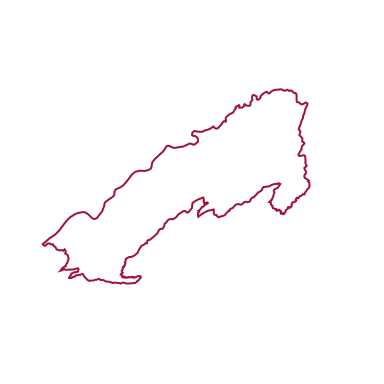 the district of Coello, Tolima, Colombia, rotated 214°
{"feature_id": "7082276B29903133765391", "entity_name": "Coello", "entity_type": "district", "adm_level": 2, "iso_a3": "COL", "parent_name": "Colombia", "parent_adm1": "Tolima", "projection": "natural_earth1", "projection_center": [-74.938, 4.361], "detail": "fine", "context": "isolated", "style": "outline", "palette": "rose", "viewbox_px": 384, "rotation_deg": 214, "n_neighbors": 0, "source": "geoboundaries", "source_scale": "gbopen_adm2", "svg_char_len": 5999}
<svg xmlns="http://www.w3.org/2000/svg" viewBox="0 0 384 384"><g transform="rotate(214 192 192)"><path d="M265.1,115.4L268.6,115.5L271.2,114.4L275.0,110.6L276.6,108.1L278.9,103.0L279.5,100.2L280.1,95.5L280.5,85.9L281.7,80.0L284.3,73.7L286.1,66.8L286.6,65.5L285.8,65.0L284.0,65.1L283.4,65.7L282.9,68.3L282.4,69.0L280.9,69.8L279.7,69.7L279.0,70.0L278.2,70.9L277.7,70.9L276.3,69.8L275.2,70.1L273.6,69.6L272.2,68.7L269.7,69.3L266.7,71.3L265.8,71.3L265.6,73.2L264.8,73.1L263.0,71.6L262.9,70.3L262.6,70.0L261.5,70.3L259.6,70.1L256.9,67.6L256.6,65.8L255.7,63.7L255.9,62.5L255.7,60.3L255.1,59.7L256.2,58.5L256.3,57.4L257.1,56.0L256.8,54.9L257.0,53.3L255.9,54.7L255.0,56.6L253.1,56.9L246.7,61.7L244.1,64.9L243.8,65.0L242.9,64.5L242.0,62.3L243.4,60.6L244.6,59.8L245.7,57.7L246.4,57.0L246.0,55.3L246.2,53.3L245.9,52.0L245.5,52.1L243.8,53.3L243.7,54.3L241.8,56.4L241.5,58.3L240.4,58.9L238.5,60.8L236.9,62.9L236.0,62.8L234.5,61.8L232.5,61.3L229.6,60.7L227.7,60.8L224.0,63.8L223.3,65.0L221.9,66.1L220.6,68.0L218.8,67.9L216.0,69.5L213.6,69.6L209.7,71.6L206.9,72.1L206.1,73.2L205.5,73.6L202.1,75.5L199.8,76.2L199.2,77.7L198.6,78.2L197.3,78.9L195.4,79.4L193.7,80.4L188.2,84.8L187.8,85.7L187.7,87.1L186.9,88.7L187.0,90.4L186.5,92.6L187.7,93.3L189.8,92.0L190.4,91.2L191.2,89.6L191.9,88.9L192.6,89.0L192.8,88.1L193.4,88.4L194.5,88.1L194.8,87.2L195.8,86.8L196.2,86.0L197.4,85.8L197.8,84.7L199.0,84.3L199.3,83.5L200.2,83.6L200.5,84.0L201.5,83.8L201.4,82.7L201.9,82.4L203.2,83.1L204.0,84.0L204.8,83.7L204.9,85.1L204.3,85.7L204.2,86.2L205.8,86.9L206.3,87.5L206.2,89.6L207.4,90.9L206.5,92.2L207.1,93.0L206.7,93.5L206.9,94.3L207.4,95.7L208.4,96.2L208.5,97.7L209.4,99.7L207.8,102.9L206.2,104.0L204.2,107.1L203.1,111.1L203.8,115.4L203.8,119.1L202.2,121.9L201.9,123.6L200.7,124.3L201.6,126.3L201.6,127.3L200.3,128.6L198.5,134.4L197.6,138.7L197.9,140.1L198.0,142.5L197.3,144.1L196.3,144.6L195.8,145.4L196.1,148.5L196.9,150.2L196.3,152.4L196.3,154.8L195.6,156.6L194.7,157.5L192.7,158.7L191.2,161.6L190.9,162.9L190.9,165.4L188.5,171.3L187.3,172.3L184.2,172.4L183.6,173.5L183.1,179.1L184.6,181.2L185.4,183.4L184.9,184.2L184.7,185.4L182.5,189.6L179.6,193.7L178.3,192.8L177.9,191.9L177.2,191.4L176.9,190.3L175.0,189.2L174.9,190.3L174.0,190.6L173.9,191.6L173.3,191.9L172.7,191.7L173.0,190.5L174.2,188.1L174.5,186.1L175.4,185.0L175.3,182.5L175.8,181.6L175.5,180.4L176.0,180.0L175.0,179.6L175.4,178.3L174.6,177.5L174.4,176.3L172.9,175.0L171.5,179.2L169.5,183.4L167.8,186.0L165.5,188.1L164.6,189.5L163.8,189.3L162.3,186.8L160.7,185.7L158.8,186.6L157.1,185.8L155.7,185.9L154.8,187.6L153.7,188.3L153.2,189.5L152.7,189.7L151.9,191.2L151.2,196.9L150.5,197.2L150.4,197.6L150.8,199.2L149.2,201.8L149.2,203.4L148.4,206.3L146.6,208.1L144.5,208.8L143.5,210.1L143.1,212.5L142.6,213.4L142.1,213.9L140.3,214.6L138.9,216.3L138.9,217.7L139.3,218.6L139.0,221.1L138.1,221.7L137.7,222.4L137.8,223.3L137.4,224.3L137.0,228.1L135.5,231.4L135.2,232.8L135.6,234.1L135.5,236.1L132.0,239.1L130.7,240.7L130.0,242.3L128.9,243.7L127.1,245.7L125.6,246.4L125.3,247.6L123.3,248.0L123.2,243.4L125.0,240.6L125.1,239.7L124.8,238.5L123.3,237.6L123.2,236.5L122.1,233.5L122.0,232.1L121.4,230.5L122.0,228.9L122.2,226.9L120.9,227.6L119.7,225.8L118.2,225.4L117.6,225.6L117.1,224.8L115.9,223.9L114.7,224.3L113.4,224.3L112.7,224.9L111.9,224.0L111.3,223.7L111.0,223.9L111.0,224.7L110.1,225.1L110.2,225.7L109.9,226.0L107.3,225.8L107.1,225.6L107.2,224.7L106.7,224.1L106.0,223.8L104.6,225.4L104.0,224.7L103.5,225.0L103.4,227.9L104.1,229.3L103.2,231.6L104.0,232.9L103.4,233.6L102.3,233.5L102.1,234.3L101.6,234.5L101.8,235.0L101.4,236.2L102.6,237.4L102.9,239.7L101.8,240.4L100.7,242.7L100.8,243.2L101.7,243.3L101.9,245.7L101.6,246.0L100.8,245.9L100.4,246.1L100.3,248.7L99.1,250.3L99.0,251.8L98.2,252.3L97.9,253.4L97.5,253.3L98.0,254.9L97.8,256.1L97.9,258.6L97.4,260.5L97.5,261.9L99.7,265.1L101.1,265.7L101.7,265.7L101.6,266.8L106.5,266.8L107.7,267.8L108.4,269.5L108.0,270.4L108.0,271.7L109.5,273.1L110.8,273.5L112.3,274.7L111.5,277.7L114.6,279.8L115.1,281.1L118.2,284.9L118.7,285.2L119.7,285.1L122.6,282.3L123.5,281.8L124.1,281.9L124.7,282.5L124.7,283.6L125.1,285.8L125.0,288.4L126.3,291.1L126.5,291.9L126.1,293.1L126.0,295.1L127.5,295.8L128.7,295.4L129.2,295.9L130.2,297.9L132.0,298.7L134.7,299.2L135.1,299.9L135.7,302.4L136.7,303.3L138.3,303.5L139.0,304.3L139.9,309.2L141.1,312.4L141.3,315.0L142.5,317.4L142.7,319.4L144.5,324.3L145.0,328.2L145.6,329.7L146.6,330.1L147.9,329.7L148.8,327.5L150.3,325.7L153.2,326.1L155.2,325.3L156.7,326.6L159.4,330.7L160.9,331.9L161.5,332.0L162.1,331.5L163.9,331.2L165.8,331.8L167.1,331.3L167.8,330.2L170.1,330.1L171.6,327.9L173.1,327.3L175.4,327.1L180.9,322.5L182.4,319.8L183.2,316.7L184.3,316.5L185.8,316.9L186.5,316.5L187.7,314.1L188.1,312.2L188.6,311.7L188.4,308.8L188.0,308.3L188.0,307.7L188.5,305.8L189.2,305.1L190.2,305.1L191.9,307.3L194.7,307.1L195.6,306.4L195.7,305.3L195.0,303.7L193.4,302.3L193.6,300.9L193.4,300.3L193.7,299.2L192.2,296.7L192.2,296.1L193.5,295.0L195.8,293.9L197.5,294.3L197.7,293.7L197.1,293.0L196.9,292.2L197.7,289.9L200.1,288.4L201.0,290.1L201.7,290.3L202.4,288.6L203.1,287.8L203.3,286.7L202.3,285.8L202.6,284.8L202.4,280.8L204.2,277.8L205.5,273.6L205.2,271.6L203.8,270.4L203.4,269.1L204.9,268.8L205.4,267.9L205.4,264.7L206.1,259.8L207.2,258.1L208.7,257.8L211.0,258.2L211.9,255.5L213.6,252.7L215.8,250.2L216.9,247.9L220.1,245.7L223.6,244.2L224.3,243.6L224.5,243.0L224.8,241.1L223.8,239.2L222.4,239.2L221.0,240.0L219.3,240.2L217.5,239.8L216.0,238.6L215.2,237.1L216.2,233.3L217.2,232.0L219.7,231.5L221.1,230.8L224.6,224.9L231.2,218.8L232.3,218.2L236.9,217.4L238.4,216.3L238.6,215.0L238.6,209.7L241.1,199.1L241.5,195.5L241.5,194.3L239.7,190.3L239.3,188.8L239.5,187.5L240.9,185.2L243.2,182.8L247.0,180.6L248.2,179.5L250.3,176.9L250.8,175.6L251.6,172.7L251.9,165.8L252.7,159.2L253.9,155.9L256.6,151.8L256.7,150.4L256.4,148.9L254.7,145.9L255.2,143.1L256.8,139.4L258.2,135.0L257.9,132.9L257.1,131.7L255.7,125.9L256.3,117.2L257.4,115.2L259.1,114.6L261.0,114.6L265.1,115.4Z" fill="none" stroke="#9f1239" stroke-width="2"/></g></svg>